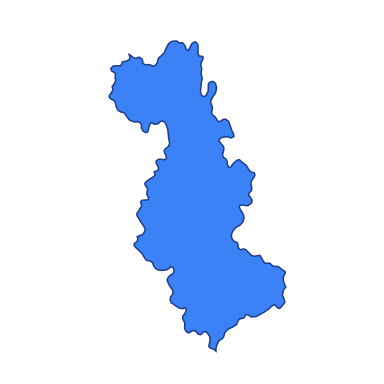 the district of Masty, Grodno, Belarus, rotated 61°
{"feature_id": "67162791B96733958179229", "entity_name": "Masty", "entity_type": "district", "adm_level": 2, "iso_a3": "BLR", "parent_name": "Belarus", "parent_adm1": "Grodno", "projection": "orthographic", "projection_center": [24.533, 53.402], "detail": "fine", "context": "isolated", "style": "filled", "palette": "blue", "viewbox_px": 384, "rotation_deg": 61, "n_neighbors": 0, "source": "geoboundaries", "source_scale": "gbopen_adm2", "svg_char_len": 5795}
<svg xmlns="http://www.w3.org/2000/svg" viewBox="0 0 384 384"><g transform="rotate(61 192 192)"><path d="M41.2,180.3L42.0,180.6L43.4,180.7L45.4,181.8L45.8,183.5L45.7,186.1L45.0,187.9L44.5,190.1L45.9,191.3L47.0,193.2L45.5,196.0L44.3,198.1L43.6,200.0L44.5,203.1L47.0,203.7L49.2,202.3L51.2,201.6L53.1,202.6L55.0,204.0L57.4,204.5L58.6,206.1L60.3,208.8L61.1,210.8L63.4,211.3L64.8,212.3L66.0,214.2L66.7,215.8L67.6,217.6L68.5,218.3L70.3,218.2L71.7,217.6L73.0,216.6L74.3,216.0L76.2,215.6L78.3,216.2L79.6,216.7L81.8,217.0L83.8,217.2L85.0,217.0L87.5,215.5L88.8,213.9L89.7,213.0L92.4,212.6L95.1,212.4L98.8,211.8L101.5,209.6L103.0,208.2L104.2,205.6L105.7,203.9L107.5,203.6L109.5,204.0L111.0,205.0L112.6,205.4L115.0,205.2L117.5,203.8L118.0,202.2L117.0,200.3L115.1,198.9L113.1,197.0L111.9,195.1L111.8,193.8L112.7,192.9L114.1,192.6L115.4,190.1L115.8,187.6L115.0,185.6L115.6,183.6L116.9,182.4L119.4,182.0L121.6,182.1L123.8,182.5L126.1,183.1L129.4,184.5L132.5,185.9L135.5,187.0L137.0,187.3L138.9,188.3L140.5,190.3L140.8,191.7L141.4,194.5L142.1,196.1L143.9,196.9L145.9,197.0L148.1,197.2L150.3,198.4L150.6,200.0L149.1,202.2L147.7,204.1L147.2,205.8L147.4,208.0L148.5,209.1L150.2,209.4L152.4,209.4L153.9,209.3L156.3,210.7L156.5,213.1L155.9,215.0L157.5,215.7L159.4,216.1L160.0,218.4L160.0,220.4L160.2,222.8L160.5,225.5L160.9,227.8L161.7,229.1L163.6,229.7L166.5,229.3L168.3,229.6L169.4,230.8L171.8,232.5L174.5,232.9L176.5,232.9L177.3,233.7L177.1,235.3L175.7,238.0L175.0,240.0L175.7,241.8L177.5,242.2L180.2,243.2L180.8,244.6L181.9,246.6L182.9,248.3L184.0,250.5L186.0,251.6L189.8,251.3L193.4,251.3L197.3,250.8L200.2,250.8L202.8,251.5L204.3,253.5L204.9,255.4L205.3,256.6L204.8,258.2L204.6,260.4L204.5,261.6L205.7,261.7L208.0,263.1L208.8,265.1L209.2,267.5L210.5,268.5L214.0,268.0L216.4,267.0L219.0,266.3L221.6,265.6L225.1,265.5L228.9,265.2L230.1,264.5L232.0,262.1L234.8,260.7L237.4,261.3L240.2,261.2L242.4,260.3L243.8,259.2L245.7,256.9L246.7,254.8L247.6,252.8L247.8,251.1L247.7,249.0L247.0,246.9L248.8,245.1L251.8,245.6L253.9,247.6L254.1,250.0L254.5,252.5L255.7,255.0L256.8,256.4L259.9,257.0L264.6,257.0L269.0,256.5L272.0,258.3L272.9,260.5L273.4,261.6L275.9,263.5L278.8,263.9L280.8,262.8L283.0,261.8L285.0,260.7L286.8,259.8L288.7,257.9L289.6,256.5L289.8,254.3L292.2,254.0L293.8,255.6L295.4,258.4L295.9,260.0L297.5,261.2L300.5,261.7L302.6,261.7L305.7,263.3L308.0,264.8L311.1,264.7L313.5,263.5L313.7,260.9L313.3,259.0L315.5,256.1L317.4,256.0L319.7,255.3L320.9,253.7L320.8,252.0L319.9,250.1L320.9,247.5L325.5,246.6L327.5,246.7L330.4,248.1L332.7,250.0L335.0,252.1L337.1,251.8L338.7,250.3L340.2,249.2L342.8,248.2L340.6,247.0L338.1,244.8L335.1,240.4L334.9,236.5L333.6,234.1L330.9,231.6L329.4,226.3L329.9,222.1L329.6,217.2L327.9,215.5L326.8,213.9L326.2,211.6L327.0,209.0L327.2,207.2L326.2,205.8L325.4,204.1L327.0,202.3L329.6,201.1L330.8,199.1L332.1,196.2L332.1,191.8L332.0,186.9L331.5,181.1L330.5,177.9L330.3,174.5L332.7,173.8L336.1,172.5L336.1,170.6L334.6,166.7L333.6,164.3L330.2,163.3L326.5,163.1L324.3,161.4L321.6,159.0L320.8,156.2L317.0,155.6L316.1,155.6L315.0,155.5L313.2,154.8L312.0,154.2L310.4,153.0L309.5,152.0L308.3,150.0L307.3,149.2L305.5,149.5L304.3,150.6L302.3,151.3L300.9,151.9L299.5,152.5L298.3,153.5L297.7,155.1L295.9,157.2L294.8,157.6L292.4,158.2L291.4,159.3L290.4,161.5L289.4,162.9L286.2,163.2L282.5,163.1L280.3,163.4L279.5,165.4L278.8,167.9L277.3,169.8L275.9,170.9L272.8,171.7L268.1,173.1L266.7,174.8L266.1,177.4L264.3,178.5L261.9,178.2L260.0,177.2L258.0,177.0L256.7,178.4L254.6,179.4L251.4,179.5L249.8,179.0L247.7,177.5L246.5,175.9L245.5,174.4L244.4,171.1L244.2,168.5L244.2,165.8L242.9,162.1L241.5,160.6L240.2,159.3L237.2,158.1L233.9,158.0L231.2,158.2L228.4,158.1L227.0,156.8L227.7,154.1L229.6,152.1L231.1,149.7L230.8,147.1L230.3,145.2L228.6,143.6L226.6,143.3L224.0,143.7L222.2,143.9L221.1,143.2L220.5,142.5L220.2,141.3L219.7,139.6L218.5,138.3L216.9,137.6L215.4,137.0L214.1,136.7L212.5,135.9L211.3,134.8L210.4,133.4L209.7,131.9L208.6,129.8L207.3,128.5L205.4,128.3L204.0,129.6L203.0,130.8L200.5,131.5L197.7,131.5L194.9,131.7L189.2,134.2L187.1,134.7L186.3,135.4L186.1,137.6L186.9,141.3L187.6,143.6L189.0,145.3L188.6,147.8L184.7,147.6L181.7,146.3L179.4,146.5L177.0,147.6L175.5,147.6L174.5,147.4L172.8,146.0L171.8,144.8L169.8,143.3L168.0,142.5L165.7,142.7L163.3,143.1L161.0,143.6L159.4,143.0L158.7,141.1L158.9,139.2L159.4,137.5L160.5,135.0L162.0,132.9L163.5,131.9L163.9,129.8L163.8,128.5L161.3,127.4L159.6,127.4L157.0,127.4L155.0,126.9L153.9,126.6L152.0,126.4L148.9,125.9L148.0,125.7L144.9,127.2L144.2,128.0L143.6,130.0L143.9,131.7L143.6,134.6L141.4,135.2L138.8,135.2L136.8,135.7L134.9,136.6L133.1,136.7L131.9,136.4L130.2,134.7L128.7,133.6L126.9,132.8L124.8,132.8L122.7,132.0L121.2,131.1L119.8,129.1L119.0,128.1L118.3,126.6L117.9,125.7L117.3,124.3L115.9,122.6L114.2,121.1L112.5,119.9L109.2,119.0L107.4,119.1L106.1,119.6L105.0,120.9L104.7,122.9L105.1,125.0L106.2,125.8L108.4,127.0L109.3,127.6L111.7,129.0L113.0,131.0L114.4,132.9L114.4,135.2L113.2,136.4L110.7,136.6L108.1,135.8L106.3,134.6L104.1,133.0L102.6,131.9L101.2,131.1L99.8,129.9L98.7,128.8L97.2,127.9L95.9,127.5L93.9,127.0L92.6,126.4L91.4,125.7L90.2,124.7L88.4,123.5L86.2,123.0L85.1,122.7L84.0,122.0L83.0,120.9L82.1,119.3L80.2,117.2L78.9,116.9L77.7,118.0L76.9,119.5L75.7,119.8L74.2,119.7L72.5,119.0L71.2,118.2L69.6,117.2L67.8,116.4L66.3,115.5L64.2,115.5L62.2,116.4L61.9,119.2L62.6,121.0L64.6,123.7L66.4,126.6L64.8,127.9L61.1,127.3L59.9,127.3L56.9,127.9L55.9,130.1L54.7,131.3L52.6,132.1L51.7,133.7L50.5,136.6L50.8,140.3L51.8,142.0L53.4,144.5L54.5,146.0L56.5,148.3L57.3,150.4L58.0,153.3L58.5,155.8L59.7,157.7L61.9,159.5L63.2,161.7L63.6,163.6L62.8,165.2L60.3,167.1L58.9,169.4L58.0,171.3L55.5,172.6L53.4,171.6L51.7,171.2L48.6,172.7L48.1,174.0L47.9,176.1L47.0,177.2L45.0,178.7L43.2,179.2L41.2,180.3Z" fill="#3b82f6" stroke="#1e3a8a" stroke-width="1.5"/></g></svg>